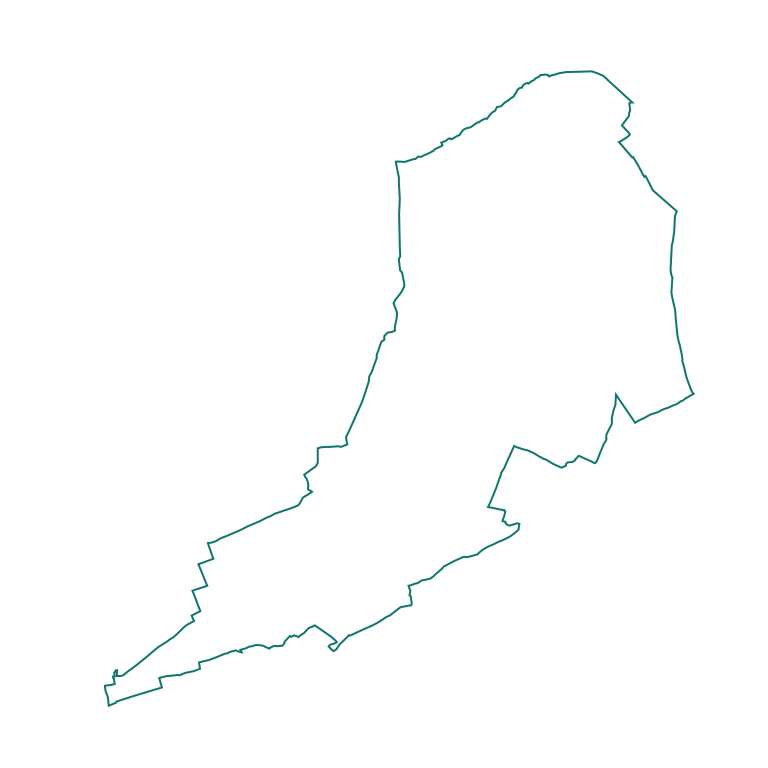 the district of Rediu, Iasi, Romania, rotated 84°
{"feature_id": "2599482B72561220521834", "entity_name": "Rediu", "entity_type": "district", "adm_level": 2, "iso_a3": "ROU", "parent_name": "Romania", "parent_adm1": "Iasi", "projection": "mercator", "projection_center": [27.484, 47.225], "detail": "fine", "context": "isolated", "style": "outline", "palette": "teal", "viewbox_px": 768, "rotation_deg": 84, "n_neighbors": 0, "source": "geoboundaries", "source_scale": "gbopen_adm2", "svg_char_len": 6092}
<svg xmlns="http://www.w3.org/2000/svg" viewBox="0 0 768 768"><g transform="rotate(84 384 384)"><path d="M275.1,354.4L286.3,353.4L288.9,353.6L293.2,356.2L296.5,359.0L301.6,364.1L303.4,365.2L304.2,365.4L304.7,366.1L313.7,363.7L316.3,363.8L320.2,364.6L325.3,366.3L329.7,367.5L330.6,367.5L331.5,367.3L332.1,367.5L332.6,368.9L333.2,371.6L333.1,374.2L333.6,375.4L334.7,376.9L336.4,378.7L340.1,379.1L341.6,382.1L343.3,383.0L350.3,386.2L354.2,388.2L357.6,388.5L359.6,389.6L370.2,394.7L373.0,396.4L373.8,397.2L375.6,398.1L380.0,398.9L390.5,403.5L399.7,407.8L424.8,422.3L433.0,427.4L440.2,426.9L441.9,432.5L441.8,434.1L441.1,436.6L440.9,444.9L440.5,448.4L440.5,450.7L440.3,452.2L440.6,454.6L441.0,455.6L441.0,456.6L455.6,458.1L458.8,460.5L465.8,472.8L468.4,472.0L470.3,470.8L473.5,470.0L475.3,470.1L477.2,469.8L479.5,470.5L480.8,470.5L481.4,470.0L482.7,468.0L483.7,466.9L486.1,471.3L487.4,474.3L488.5,476.4L489.0,476.9L492.9,479.5L495.3,481.5L495.7,482.2L496.1,483.1L498.0,490.1L499.7,497.9L500.7,501.9L501.2,504.6L501.7,506.5L503.1,509.6L505.0,515.6L507.6,522.2L511.4,534.7L514.3,542.3L518.9,557.1L520.0,561.4L521.3,564.8L522.3,566.6L522.7,567.8L523.6,571.1L523.9,575.8L540.0,572.0L542.9,583.5L543.8,587.4L566.2,580.9L569.5,596.1L590.7,590.4L594.2,599.5L599.9,597.7L602.6,604.4L604.8,608.2L610.8,615.7L613.3,619.1L614.5,621.2L615.5,623.6L617.2,626.1L621.8,635.6L624.1,639.2L628.7,645.8L636.9,658.3L641.8,666.3L642.3,667.5L646.4,673.9L646.8,675.4L646.8,677.1L646.5,680.2L640.7,679.4L640.7,680.5L640.9,680.9L642.6,681.8L642.8,682.5L646.7,682.4L646.6,684.1L646.9,684.2L648.4,683.9L648.4,683.6L654.2,683.1L654.7,686.8L654.9,693.1L655.0,693.2L660.0,693.0L661.6,692.7L664.1,691.9L667.4,691.3L675.2,691.4L673.0,684.0L672.9,683.7L671.9,683.4L668.6,667.9L662.6,636.6L652.9,638.3L651.8,631.4L651.9,621.0L651.7,620.1L652.3,618.2L651.7,615.5L651.2,614.4L650.5,611.4L649.7,603.3L648.0,596.8L641.5,597.0L640.2,586.9L637.9,578.1L635.9,571.5L635.5,569.6L635.4,567.4L634.7,566.2L634.2,564.5L633.5,559.3L633.9,558.1L634.5,557.4L635.0,556.3L636.0,553.6L633.4,554.6L632.2,548.1L631.2,546.2L631.0,542.5L630.3,539.6L630.3,538.0L630.9,534.2L631.6,532.0L631.9,530.9L632.6,530.2L633.7,528.6L634.2,527.2L635.2,525.8L634.3,524.7L633.2,521.5L633.1,520.6L633.2,518.3L633.6,517.7L633.5,514.9L633.8,513.3L633.7,512.7L632.3,511.0L631.6,510.3L630.0,509.9L624.7,503.8L625.7,502.5L624.6,500.0L626.3,495.6L626.7,495.4L624.5,492.3L623.5,489.8L619.5,485.2L618.7,483.9L617.6,479.8L616.8,478.0L630.0,462.7L633.4,459.6L635.7,457.9L636.3,458.8L637.0,461.0L637.2,462.6L637.6,464.4L638.4,465.7L639.3,466.5L643.5,463.2L644.4,462.1L642.8,459.0L638.2,455.2L632.0,447.2L630.1,445.1L630.8,444.4L625.7,429.6L623.3,422.0L621.3,416.6L618.2,410.2L616.2,406.6L614.6,402.0L613.4,400.2L608.1,391.6L607.6,389.8L607.1,383.3L606.9,381.7L607.0,380.1L606.8,379.9L605.1,379.3L600.6,379.6L598.1,379.5L597.3,380.0L597.0,380.7L592.5,379.5L587.2,380.7L587.0,378.5L585.8,374.1L585.7,372.2L585.1,370.4L583.2,366.8L583.1,363.9L582.4,358.2L580.1,354.4L578.6,352.7L576.9,350.0L573.6,345.5L571.8,343.6L567.3,332.4L564.1,322.5L564.6,321.6L564.7,317.7L564.1,313.8L563.2,309.7L563.3,308.7L562.2,307.6L560.7,305.6L559.7,303.8L559.0,302.9L556.8,298.0L554.7,291.4L553.0,286.8L551.4,281.3L548.7,274.3L545.0,268.3L543.0,265.4L539.2,264.7L538.0,264.1L537.2,264.0L536.8,264.9L536.5,266.4L537.9,273.7L537.7,274.6L537.5,275.2L536.9,276.1L535.3,277.7L534.5,277.5L533.6,277.9L532.8,280.4L531.1,280.0L530.0,279.3L527.7,278.2L523.6,276.7L523.5,277.2L523.0,277.5L522.0,277.5L521.5,279.7L517.2,293.4L512.6,290.5L498.5,283.0L489.9,279.0L487.5,277.6L484.5,276.7L480.2,273.2L473.6,269.5L459.2,261.0L460.7,258.6L463.4,252.6L465.2,247.7L468.3,242.4L472.6,236.8L474.0,234.4L475.1,233.4L475.5,231.9L476.6,230.0L478.7,227.5L481.3,223.9L485.2,217.3L485.8,216.0L484.6,212.6L484.1,211.5L482.5,211.2L481.3,209.9L481.2,209.1L481.2,204.8L481.0,204.1L479.8,202.0L478.5,201.2L477.5,199.7L476.2,198.6L475.8,197.7L482.6,186.0L484.8,182.8L484.5,181.9L482.7,180.3L467.7,172.3L466.4,171.5L463.6,169.2L462.3,168.6L458.8,168.4L457.0,167.8L449.2,162.6L447.4,161.6L446.3,161.4L442.7,161.1L439.9,160.5L432.6,157.8L429.2,156.1L418.9,154.4L448.8,138.3L447.3,135.3L444.4,127.2L443.1,124.4L442.2,122.0L440.6,114.4L439.4,111.6L438.2,108.3L437.4,104.2L435.4,98.2L434.7,95.2L433.6,92.9L432.3,91.0L431.8,88.8L429.8,85.5L429.0,83.5L427.4,80.2L426.1,77.1L424.2,78.4L421.3,79.4L411.1,82.0L407.3,82.7L397.7,83.9L392.0,85.0L390.5,84.6L385.8,84.8L376.9,85.7L371.1,86.7L365.4,87.1L348.4,87.0L342.3,86.7L340.4,86.8L328.9,88.2L323.1,88.6L309.7,86.3L308.5,85.9L307.9,86.3L304.0,87.0L300.4,87.1L275.8,83.2L274.9,82.7L271.1,81.5L261.3,79.2L249.4,77.4L247.4,77.0L242.8,74.8L219.7,96.2L204.6,102.1L205.2,103.5L192.2,108.8L184.4,112.5L184.7,113.4L167.9,125.0L167.1,122.7L165.3,119.1L163.9,116.5L162.6,114.5L161.5,113.4L160.8,113.5L151.7,120.4L144.1,113.4L143.6,112.7L139.3,111.6L137.8,110.6L130.4,110.7L129.9,109.1L130.0,107.6L100.5,133.7L99.0,136.2L97.0,139.9L94.8,144.6L92.8,170.8L93.1,173.7L93.2,177.1L94.4,183.2L94.6,185.9L95.4,187.2L95.2,188.0L93.8,188.7L93.1,191.0L93.2,196.3L94.2,197.1L96.0,201.5L97.1,202.7L97.5,203.3L98.3,205.8L99.3,207.0L99.7,208.1L100.3,208.9L99.7,209.8L99.7,210.5L99.8,211.3L100.6,212.9L101.1,214.0L102.2,215.0L103.7,215.8L103.5,216.3L103.6,217.4L103.9,217.7L104.2,218.7L105.2,220.3L106.5,221.3L107.2,221.4L107.4,221.9L108.8,222.7L109.3,223.4L111.7,225.1L113.0,227.9L115.0,230.8L116.6,234.3L120.0,238.6L120.4,242.7L123.8,244.9L125.2,247.9L128.3,251.4L131.0,253.8L131.0,254.8L130.6,255.6L131.9,259.1L133.8,262.8L133.7,263.9L137.3,270.2L138.0,272.0L137.9,273.4L138.5,276.0L139.2,277.9L140.5,279.6L142.6,281.5L144.5,282.9L144.4,283.7L145.4,286.2L147.4,290.4L147.6,291.9L147.3,292.2L147.0,292.2L146.6,292.8L146.7,294.1L148.8,297.5L149.9,301.8L152.7,300.9L153.3,301.7L154.0,303.8L156.1,309.3L157.2,310.3L160.1,317.7L160.4,319.5L162.0,323.6L161.8,324.9L161.4,326.2L163.0,328.5L163.5,329.4L163.4,330.9L165.3,340.2L164.4,345.8L164.1,349.0L166.9,348.9L180.2,347.6L185.8,348.2L201.3,348.9L216.5,351.2L249.9,354.0L258.7,354.5L261.3,356.2L272.6,356.1L275.1,354.4Z" fill="none" stroke="#0f766e" stroke-width="2"/></g></svg>